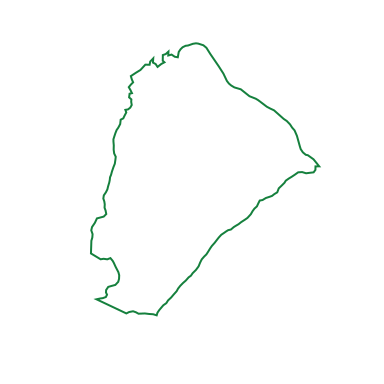 outline of Iepê, São Paulo, Brazil, rotated 205°
{"feature_id": "56859067B81358319526354", "entity_name": "Iepê", "entity_type": "district", "adm_level": 2, "iso_a3": "BRA", "parent_name": "Brazil", "parent_adm1": "São Paulo", "projection": "robinson", "projection_center": [-51.054, -22.634], "detail": "fine", "context": "isolated", "style": "outline", "palette": "green", "viewbox_px": 384, "rotation_deg": 205, "n_neighbors": 0, "source": "geoboundaries", "source_scale": "gbopen_adm2", "svg_char_len": 2660}
<svg xmlns="http://www.w3.org/2000/svg" viewBox="0 0 384 384"><g transform="rotate(205 192 192)"><path d="M287.2,227.4L285.8,223.2L286.0,219.1L286.5,216.3L286.3,213.0L285.9,209.6L285.5,206.6L284.5,204.5L282.6,201.2L280.9,197.3L278.8,194.0L276.0,191.7L275.1,189.0L273.9,185.0L273.7,181.4L273.2,176.7L272.6,173.3L272.5,170.7L271.6,168.1L271.0,165.6L270.4,161.5L269.8,158.6L269.9,155.3L270.5,151.7L269.6,148.6L267.5,146.4L265.9,144.0L264.6,140.8L262.5,138.7L260.4,135.8L261.6,132.4L267.0,127.9L267.0,123.0L267.8,118.0L267.1,114.7L264.3,111.8L263.1,108.6L262.6,105.3L257.6,93.6L246.4,92.4L243.9,94.1L240.3,95.2L238.0,97.6L234.8,96.1L233.0,94.8L229.6,91.9L224.8,88.2L222.8,85.8L221.4,82.4L220.9,79.4L222.2,75.4L225.4,72.7L227.8,70.6L228.4,66.9L227.5,64.6L225.6,63.0L225.7,60.4L228.0,58.1L230.2,56.7L233.2,54.4L200.2,54.2L198.2,56.7L195.0,59.0L192.1,59.3L189.0,59.1L186.7,60.3L183.4,62.0L179.4,63.3L175.5,64.8L171.9,65.3L172.3,68.1L171.7,71.5L170.8,74.8L170.1,77.3L168.3,80.4L167.9,83.6L166.3,87.6L165.3,91.3L164.0,95.6L163.8,98.6L163.0,102.0L161.7,105.7L160.2,109.1L159.0,113.2L157.6,115.7L157.1,118.7L155.5,123.0L154.6,127.4L154.8,131.5L154.7,135.1L153.7,138.6L152.6,141.5L152.2,144.3L151.7,148.6L151.2,151.5L150.0,155.5L149.2,159.1L148.5,162.1L147.4,165.6L145.6,168.6L144.4,170.7L143.1,172.7L140.9,174.4L139.3,177.9L137.8,180.2L136.2,182.5L134.7,185.5L132.5,189.0L130.8,191.9L129.3,196.7L129.0,200.3L128.4,203.3L127.1,206.4L127.1,210.2L127.0,212.9L124.7,214.5L122.5,217.8L119.6,220.5L117.8,222.3L116.5,224.9L114.6,227.7L114.9,232.0L113.3,236.1L112.1,239.4L111.8,241.9L109.9,245.2L108.1,247.9L106.2,251.0L104.1,254.7L100.6,256.6L96.5,257.2L93.5,259.1L90.1,261.2L89.5,264.2L90.9,267.4L87.6,269.0L90.4,270.4L95.7,273.0L102.6,274.3L104.6,273.8L108.3,274.8L111.6,276.8L113.6,279.0L116.5,282.4L120.6,287.2L125.1,291.2L128.5,292.7L131.7,294.7L136.1,296.4L139.8,297.0L152.2,300.7L156.2,300.7L160.2,300.9L170.8,303.2L173.6,303.5L180.4,303.1L191.2,305.7L197.8,304.7L201.5,305.1L204.4,305.9L207.3,307.4L213.6,312.6L221.2,317.4L233.7,324.8L239.9,328.8L243.7,329.8L249.2,329.1L251.3,328.4L253.8,326.7L257.5,323.1L259.6,321.8L261.7,319.2L262.7,316.5L263.2,313.3L261.8,308.1L264.8,307.3L268.6,307.9L271.2,305.7L272.7,309.3L274.1,305.9L276.3,303.8L274.0,298.6L271.8,297.9L273.9,295.1L276.1,290.8L279.0,292.6L282.1,292.8L283.6,296.7L285.0,292.5L284.2,289.4L288.1,287.7L290.3,280.8L293.2,276.4L296.4,271.2L294.1,268.6L291.7,266.5L292.8,263.5L293.6,260.3L290.9,258.4L288.2,256.2L290.1,254.7L289.0,251.2L286.1,250.3L285.2,248.0L283.4,245.4L283.6,242.4L284.9,239.8L287.1,238.3L285.2,236.3L285.4,232.3L285.4,229.7L287.2,227.4Z" fill="none" stroke="#15803d" stroke-width="2"/></g></svg>